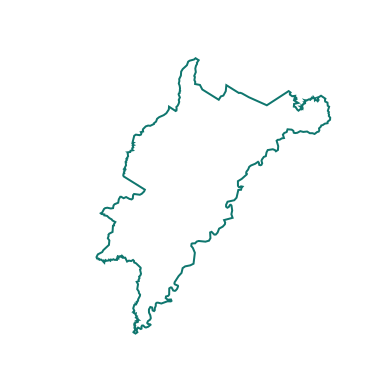 the district of Lago Agrio, Sucumbios, Ecuador, rotated 122°
{"feature_id": "8360857B32687179357863", "entity_name": "Lago Agrio", "entity_type": "district", "adm_level": 2, "iso_a3": "ECU", "parent_name": "Ecuador", "parent_adm1": "Sucumbios", "projection": "mercator", "projection_center": [-76.699, 0.129], "detail": "fine", "context": "isolated", "style": "outline", "palette": "teal", "viewbox_px": 384, "rotation_deg": 122, "n_neighbors": 0, "source": "geoboundaries", "source_scale": "gbopen_adm2", "svg_char_len": 6034}
<svg xmlns="http://www.w3.org/2000/svg" viewBox="0 0 384 384"><g transform="rotate(122 192 192)"><path d="M76.7,259.9L78.6,260.5L81.9,263.6L83.5,264.3L87.2,263.5L92.6,265.0L95.6,265.0L99.2,263.1L103.0,262.7L104.6,261.5L107.0,260.7L108.3,258.9L110.4,257.1L112.1,256.3L112.5,255.6L113.3,255.7L114.5,254.9L115.4,255.4L116.4,255.0L118.2,252.4L121.0,252.0L122.3,250.6L124.3,250.1L126.5,249.9L128.2,250.3L129.9,248.9L131.6,249.0L131.6,248.6L132.0,248.8L131.8,256.7L134.3,255.4L138.8,255.5L141.8,256.7L145.9,259.5L148.4,260.4L151.3,259.8L154.0,260.7L154.5,260.3L158.0,262.5L158.9,264.4L160.9,266.0L164.5,266.8L165.4,266.6L166.6,265.5L168.3,267.1L168.8,266.1L170.3,265.7L171.6,266.6L173.1,270.0L174.9,270.8L181.1,268.8L181.1,268.3L181.7,268.3L181.5,267.9L182.2,268.2L182.5,267.4L183.3,267.2L183.2,266.4L184.0,267.0L185.3,265.4L186.6,265.9L187.9,264.9L188.0,264.3L189.6,266.0L190.8,265.6L192.3,267.4L192.3,266.9L193.1,267.2L195.6,265.1L198.4,265.2L198.4,264.7L199.0,264.9L199.5,264.2L200.7,264.3L201.5,263.7L201.8,264.1L204.3,262.1L207.0,261.9L207.5,261.2L208.2,261.6L208.4,260.6L209.0,261.0L209.0,260.5L209.7,260.7L210.4,260.1L211.3,260.3L212.1,259.3L212.8,259.7L214.2,259.2L215.0,258.2L215.0,233.2L216.9,232.9L220.2,233.7L222.0,234.8L224.4,240.1L225.8,240.3L228.9,238.8L230.3,239.3L231.0,241.4L231.2,245.2L233.5,246.7L233.6,249.6L234.1,250.3L237.0,250.2L240.2,248.9L243.4,251.2L245.0,251.4L247.5,250.4L249.0,252.1L250.2,255.5L251.7,257.1L253.0,257.6L256.9,257.3L258.4,258.1L258.6,257.1L257.5,254.5L258.3,254.0L257.3,251.4L257.9,248.2L257.8,245.6L258.3,244.4L258.1,241.1L261.0,241.1L261.7,240.4L262.6,241.1L268.0,238.2L271.2,240.1L272.6,240.2L273.5,239.4L275.8,238.9L276.9,236.4L280.9,234.4L288.3,236.4L290.5,236.3L294.8,238.8L297.8,238.5L298.7,237.4L298.1,236.5L298.6,235.7L298.0,235.2L298.4,234.3L297.5,233.4L297.7,231.5L297.2,231.0L297.6,230.7L297.3,230.2L298.2,229.9L298.4,229.0L297.6,229.4L296.1,228.6L296.0,229.3L295.6,229.3L295.6,228.0L294.2,226.4L293.4,226.5L293.5,224.8L292.3,225.0L291.8,223.7L290.7,223.0L290.6,221.8L289.4,219.7L288.5,220.3L288.1,219.7L287.3,220.4L287.1,219.4L285.7,220.6L285.3,219.0L284.6,219.0L283.9,218.2L284.4,217.9L284.5,215.9L284.1,215.5L283.5,216.1L283.8,214.7L283.1,213.8L285.4,210.2L283.6,209.1L282.8,207.0L280.9,206.0L281.2,204.6L282.4,203.7L282.1,201.7L283.4,195.5L284.4,194.8L285.3,195.0L288.4,191.9L290.1,191.6L291.9,192.0L292.8,190.9L294.7,190.8L295.7,189.9L297.5,191.3L298.8,188.9L303.4,187.0L304.6,184.4L305.8,183.5L306.6,181.6L307.7,181.1L311.6,180.8L312.8,180.1L314.4,180.7L314.8,180.0L315.9,180.0L316.5,180.8L317.1,180.0L318.3,181.1L321.8,180.2L323.3,178.0L324.9,178.3L324.7,177.5L325.4,177.3L325.4,176.0L324.7,175.3L325.9,174.8L326.7,173.6L326.6,172.9L328.2,173.0L328.0,171.2L328.7,171.1L328.8,169.9L329.1,170.4L329.4,169.8L329.9,170.2L329.7,169.5L331.1,169.1L332.5,171.0L333.3,170.6L333.7,171.0L334.3,170.5L334.7,170.8L335.1,170.0L335.4,170.4L335.8,170.1L335.8,170.6L336.1,169.2L337.5,168.9L337.2,168.2L338.0,167.9L338.2,166.7L338.9,167.4L340.4,166.9L341.2,167.5L342.0,167.3L342.0,164.9L339.9,164.0L338.2,166.2L335.6,165.9L335.3,162.8L334.6,162.4L332.8,163.6L331.6,163.5L331.1,162.6L331.6,160.3L331.3,159.2L329.4,157.7L326.6,156.8L326.4,157.3L327.2,159.5L326.8,160.6L324.8,160.9L322.4,159.9L320.8,160.1L318.7,162.0L317.1,164.5L315.4,165.7L314.3,166.3L311.6,166.4L311.1,164.6L313.3,162.6L313.1,161.1L312.1,160.9L310.2,162.0L307.7,162.4L306.2,163.4L304.8,163.4L303.9,162.3L302.8,158.9L297.7,154.9L296.0,152.0L295.2,151.7L294.3,152.9L296.2,155.5L295.9,158.1L294.4,158.7L292.6,157.1L291.1,157.0L285.8,160.2L284.2,159.5L283.8,158.7L285.5,155.7L284.9,154.1L284.3,153.7L282.0,153.3L279.4,153.8L278.9,154.3L279.4,157.6L279.1,158.3L277.8,158.9L270.4,158.8L266.2,158.0L261.5,159.6L258.7,158.4L255.1,154.6L252.0,152.7L242.0,157.4L239.0,161.6L238.2,164.0L236.2,164.9L235.5,164.6L233.9,162.2L231.5,161.7L230.0,160.4L227.0,154.3L224.3,151.8L221.4,151.9L216.7,155.2L215.4,154.3L216.3,150.5L215.5,149.3L212.9,148.8L208.7,149.6L205.1,147.6L202.0,147.0L200.3,147.7L198.8,149.9L192.4,143.9L190.0,146.8L186.4,148.1L182.6,151.3L182.3,152.4L182.9,152.9L185.3,152.9L186.6,153.7L186.4,155.3L184.8,156.3L181.4,156.7L176.6,151.8L173.2,151.2L165.7,153.8L164.1,151.6L162.3,152.2L160.7,152.0L161.2,153.4L162.8,154.2L163.0,154.9L162.4,156.3L158.5,158.8L154.6,156.8L148.1,154.9L147.6,155.0L147.3,156.1L145.8,156.6L143.3,156.3L140.3,156.8L138.2,156.0L134.6,153.4L131.4,152.0L131.6,151.0L133.4,149.3L133.0,148.1L132.2,147.5L130.4,147.7L128.7,149.6L127.3,149.9L124.2,149.7L122.5,148.4L118.9,149.8L116.3,150.0L112.9,146.1L112.5,143.9L113.0,142.4L110.8,141.4L107.4,143.2L103.7,147.4L102.4,147.0L101.1,145.3L99.0,144.3L97.5,142.6L95.2,145.3L93.0,145.0L91.0,143.5L88.2,144.2L86.3,140.5L86.4,138.5L87.8,137.1L87.4,135.8L86.0,134.1L83.0,132.4L82.1,129.5L79.7,126.4L79.7,123.2L78.3,121.0L77.8,118.8L74.7,117.6L73.7,116.6L72.2,116.7L70.7,118.0L68.5,117.4L67.0,117.6L66.0,116.6L63.7,115.6L61.8,113.5L60.4,114.2L57.6,113.2L55.7,114.2L55.0,116.3L53.7,116.8L52.8,118.1L51.7,118.2L51.2,119.8L47.0,120.9L46.9,122.6L44.4,124.5L44.7,127.0L43.4,128.1L42.2,128.3L42.0,133.6L44.9,135.0L46.0,134.8L46.9,133.4L48.4,133.5L48.1,134.8L48.6,135.8L47.9,136.5L48.8,136.6L47.9,137.3L47.3,137.2L47.8,137.6L47.2,139.4L48.1,139.1L48.4,140.3L49.6,140.0L50.1,140.9L51.1,140.6L51.6,142.1L53.4,143.1L53.6,143.8L53.1,144.3L54.2,143.9L54.4,144.7L54.6,144.0L55.1,144.3L56.1,143.6L56.5,144.4L57.1,143.3L58.9,144.4L60.5,144.0L60.6,145.0L61.7,144.3L62.2,145.2L62.3,144.2L63.2,143.9L62.3,143.5L62.2,142.6L63.0,142.3L63.0,142.9L64.0,143.1L64.1,143.9L66.6,144.8L66.4,146.3L65.0,149.4L65.6,150.9L63.2,152.1L60.2,149.1L60.2,153.9L59.1,153.8L57.9,152.6L56.8,153.5L56.8,154.2L58.2,154.7L55.8,155.5L57.7,157.8L57.5,160.6L56.9,161.1L55.4,161.1L55.2,163.5L78.8,174.5L81.5,194.0L81.9,202.0L82.4,203.9L83.2,204.7L83.2,219.5L88.6,216.8L93.6,216.5L95.7,218.2L99.6,218.2L99.6,237.6L97.0,242.0L98.8,246.6L96.8,247.7L95.8,249.3L92.9,250.5L92.4,251.6L88.3,252.3L85.6,254.6L82.9,255.5L80.6,255.6L79.9,256.3L76.7,256.2L76.7,259.9Z" fill="none" stroke="#0f766e" stroke-width="2"/></g></svg>